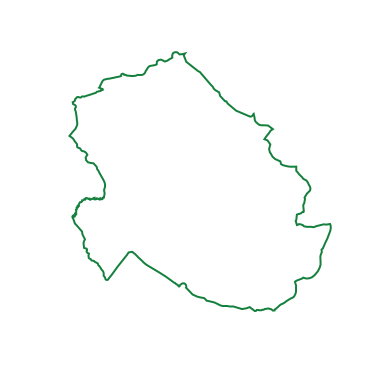 outline of Nsawam Adoagyiri, Eastern, Ghana, rotated 252°
{"feature_id": "2480657B74727980909537", "entity_name": "Nsawam Adoagyiri", "entity_type": "district", "adm_level": 2, "iso_a3": "GHA", "parent_name": "Ghana", "parent_adm1": "Eastern", "projection": "mercator", "projection_center": [-0.35, 5.828], "detail": "fine", "context": "isolated", "style": "outline", "palette": "green", "viewbox_px": 384, "rotation_deg": 252, "n_neighbors": 0, "source": "geoboundaries", "source_scale": "gbopen_adm2", "svg_char_len": 5931}
<svg xmlns="http://www.w3.org/2000/svg" viewBox="0 0 384 384"><g transform="rotate(252 192 192)"><path d="M193.8,285.5L197.6,281.3L200.1,279.8L201.1,279.4L203.9,278.9L204.6,278.7L205.5,278.3L209.0,278.6L213.1,281.2L217.6,279.8L219.0,278.3L219.8,277.2L221.3,279.0L223.8,282.8L226.1,285.8L226.8,288.3L231.6,285.0L232.5,283.0L234.2,278.2L234.6,277.5L235.2,276.7L236.1,276.0L238.6,274.5L239.4,274.2L240.5,274.0L241.7,274.0L242.8,274.4L245.0,274.6L247.2,274.8L246.9,274.2L245.9,273.0L245.6,272.3L245.5,271.3L245.7,270.6L255.7,259.1L265.2,253.2L267.5,252.7L267.8,252.3L268.1,251.5L274.7,248.4L278.4,248.6L281.6,245.7L283.6,244.6L285.6,244.3L288.7,242.8L303.6,236.6L305.3,235.0L317.6,226.8L324.4,226.4L325.1,227.0L325.9,228.1L326.0,225.9L326.7,222.7L328.6,221.6L329.6,220.8L330.2,219.2L330.1,217.2L329.7,216.8L328.7,215.8L327.8,215.3L326.9,215.0L325.8,214.8L325.3,211.9L324.5,209.1L324.5,206.4L326.0,205.1L327.5,203.3L327.8,200.9L326.9,198.9L324.3,197.9L324.1,196.1L324.8,191.3L324.7,190.0L324.0,188.6L321.8,186.1L321.6,185.6L320.8,184.9L320.0,184.2L319.3,183.2L318.9,182.2L318.8,181.2L318.9,180.3L319.1,179.4L320.2,176.4L320.0,174.7L320.3,172.6L321.0,170.4L323.0,165.8L323.9,165.2L324.1,164.2L324.6,163.6L325.3,163.5L325.9,162.7L325.9,161.8L325.8,161.3L325.1,160.7L324.3,160.5L324.2,158.7L324.6,155.7L324.9,152.1L325.2,149.8L325.3,148.4L325.7,147.1L325.8,146.6L325.7,145.8L325.9,144.8L326.0,143.2L325.6,142.0L325.0,141.0L321.1,137.2L320.3,136.7L319.9,135.9L317.3,138.9L316.8,138.8L316.8,136.8L316.4,136.5L316.7,132.5L316.0,131.0L316.1,127.7L316.0,126.5L316.1,121.4L316.0,118.9L316.7,117.7L316.7,116.6L316.3,115.7L316.3,114.9L317.7,112.8L317.6,111.7L317.0,110.8L316.6,109.8L314.9,108.7L314.5,107.7L314.3,106.3L312.3,106.1L310.9,107.6L309.7,108.1L308.6,107.8L307.6,106.6L306.7,106.2L304.6,106.3L299.3,105.5L295.4,104.6L294.2,104.5L291.8,103.8L290.6,103.0L288.0,100.6L286.2,97.4L283.2,92.8L279.9,95.2L277.8,95.9L276.8,96.0L276.1,96.4L273.4,97.3L272.8,97.4L270.3,96.7L269.4,97.3L268.6,98.4L268.1,99.0L266.7,99.3L265.3,99.8L263.7,102.2L262.2,103.3L260.6,103.8L259.7,104.0L259.0,103.0L257.6,101.5L255.0,101.1L252.5,102.2L251.1,104.3L249.7,107.2L245.7,109.0L245.1,109.1L242.9,108.9L241.3,109.5L238.6,109.9L230.2,111.6L228.0,111.8L226.4,111.7L225.5,111.5L223.5,110.7L220.9,108.9L218.3,108.6L217.3,108.3L214.1,106.6L214.4,106.1L214.2,105.5L213.4,105.2L213.0,104.7L212.9,104.3L213.0,104.0L213.3,104.0L213.7,103.7L213.8,103.2L214.4,103.0L214.4,102.6L214.0,102.3L213.3,102.4L213.2,102.0L213.4,101.7L214.8,100.5L214.7,100.1L214.7,99.7L215.3,99.5L215.4,99.2L215.2,98.9L214.9,98.9L214.8,98.5L214.9,98.3L214.9,97.3L215.3,96.9L215.8,96.9L216.2,97.2L216.6,97.4L216.7,96.3L216.1,95.9L216.4,93.8L216.1,93.2L216.2,92.6L216.4,92.5L217.4,92.5L217.5,92.1L217.3,91.4L217.6,91.1L218.2,90.8L219.0,89.6L218.0,88.6L217.7,88.0L217.8,87.6L218.0,87.8L218.6,87.8L218.5,87.4L218.0,86.7L217.8,86.0L218.0,84.9L217.2,84.7L216.6,83.7L216.6,83.0L216.9,82.5L216.4,81.7L214.9,80.4L214.8,80.0L214.5,79.8L213.8,80.2L213.6,80.2L213.5,79.9L213.9,78.9L213.2,78.7L212.9,78.9L212.6,78.7L212.6,78.4L213.2,78.0L213.0,77.6L212.6,77.3L211.4,77.2L211.0,76.1L210.7,76.0L210.0,76.2L208.7,75.7L208.4,75.3L208.1,74.6L207.7,74.1L207.4,74.1L206.8,75.1L206.4,74.9L206.2,73.3L205.4,73.3L204.9,72.9L204.8,72.4L204.9,72.1L206.4,71.9L206.2,71.2L205.5,70.7L204.8,71.1L204.5,70.5L202.9,70.8L198.2,70.9L195.7,72.1L188.3,75.2L185.5,74.7L180.2,75.6L177.7,73.4L175.9,72.8L172.1,72.1L170.7,74.2L170.0,74.4L169.2,74.2L168.5,73.6L167.8,73.3L166.3,73.8L165.5,74.8L165.1,74.9L163.7,74.0L162.6,73.7L161.4,73.5L160.6,73.7L159.3,75.0L158.1,75.2L157.8,75.5L156.9,77.2L156.5,77.6L155.9,77.8L155.3,78.3L154.5,79.1L153.3,80.2L152.6,80.4L151.8,80.3L151.1,80.4L149.6,81.2L145.8,82.1L145.3,82.4L144.3,82.8L143.4,83.0L141.6,82.8L141.1,82.7L140.4,82.3L139.4,82.1L138.0,82.8L135.7,82.8L135.1,83.1L134.9,83.4L134.5,84.7L138.3,90.4L143.7,97.8L152.3,110.8L154.1,113.0L153.6,116.6L150.4,118.8L147.2,120.4L146.8,120.5L141.5,123.5L140.3,124.0L137.2,125.9L125.0,136.5L119.7,140.9L111.0,147.2L110.9,147.6L110.3,148.0L109.7,148.2L108.9,148.7L108.5,149.4L107.9,149.8L106.4,150.2L106.1,150.5L106.3,151.1L107.1,151.8L107.4,152.4L107.7,153.2L108.0,154.5L107.9,155.3L107.4,156.5L106.6,157.1L105.8,157.4L105.2,157.5L104.2,157.4L103.0,157.1L102.8,156.8L94.3,160.9L90.9,164.6L89.4,166.9L87.4,170.7L85.7,171.7L84.1,172.3L82.3,175.5L80.0,179.2L77.0,182.4L76.2,183.0L74.6,185.1L74.1,185.9L72.8,190.0L71.2,193.1L70.5,195.7L67.5,200.1L65.2,203.4L64.6,207.6L64.7,211.3L60.3,214.3L59.6,214.8L59.2,215.4L59.2,216.2L59.6,216.8L59.8,217.2L59.1,218.9L58.8,219.3L58.1,221.4L58.3,222.4L57.9,223.6L58.2,225.2L57.6,228.7L56.9,229.7L56.4,230.6L55.7,231.4L54.3,232.2L53.8,233.9L54.7,234.5L54.9,235.5L57.5,241.3L57.9,244.8L59.1,248.4L60.2,252.8L60.4,254.9L60.9,256.6L62.5,258.3L63.3,259.0L65.0,260.1L70.7,262.0L74.8,262.2L75.3,263.5L75.4,264.5L75.7,269.9L75.8,270.6L76.2,271.3L75.6,272.2L75.0,272.9L74.5,273.9L74.1,274.9L73.7,277.3L73.8,279.2L73.9,279.9L74.9,282.7L77.5,286.9L78.8,288.3L81.0,290.4L83.0,291.7L85.2,292.5L90.6,294.0L91.6,294.5L92.6,295.1L94.7,296.9L97.0,297.3L97.4,297.9L97.8,298.9L103.2,303.7L105.5,306.0L112.2,311.4L113.5,312.2L115.4,313.0L117.3,313.5L118.9,313.4L119.5,309.5L120.5,307.5L120.6,306.7L121.1,299.7L120.9,296.9L122.3,294.0L123.1,291.1L124.7,288.0L125.2,287.6L126.2,287.2L127.5,285.6L128.3,284.0L128.4,283.4L128.1,282.5L128.1,281.6L132.5,281.7L133.1,282.5L138.0,284.7L138.2,285.3L138.0,287.4L138.0,288.4L138.2,289.4L138.9,291.0L138.5,291.8L138.9,292.3L144.6,293.6L145.4,293.9L146.6,295.2L147.6,295.8L149.4,296.7L150.2,297.2L150.9,297.4L151.9,297.3L155.0,300.9L156.9,304.7L157.9,305.3L158.8,305.7L159.7,305.8L160.8,305.8L163.2,305.3L164.5,305.2L166.7,304.7L167.5,304.4L168.2,303.8L169.6,302.4L170.2,301.9L171.9,301.3L175.9,299.3L178.0,298.6L179.9,297.7L183.9,299.0L184.2,297.9L184.6,296.8L185.3,294.3L186.3,291.9L187.0,290.6L189.3,286.9L190.0,286.2L191.0,285.3L193.8,285.5Z" fill="none" stroke="#15803d" stroke-width="2"/></g></svg>